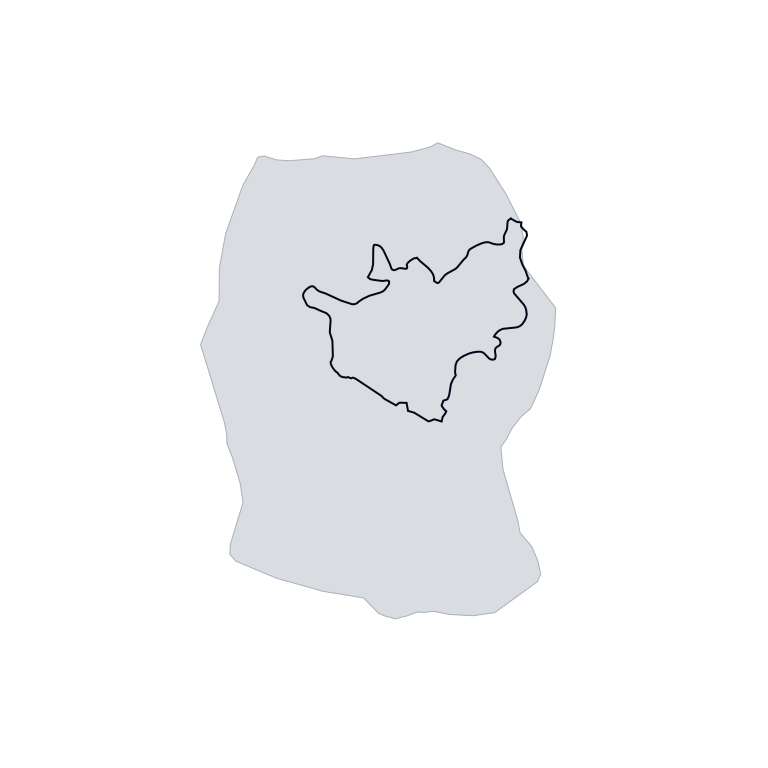 Thaba-Tseka highlighted on a map of Lesotho, rotated 313°
{"feature_id": "LSO-1215", "entity_name": "Thaba-Tseka", "entity_type": "District", "adm_level": 1, "iso_a3": "LSO", "parent_name": "Lesotho", "parent_adm1": "", "projection": "natural_earth1", "projection_center": [28.641, -29.5], "detail": "fine", "context": "in_parent", "style": "outline", "palette": "ink", "viewbox_px": 768, "rotation_deg": 313, "n_neighbors": 0, "source": "natural_earth", "source_scale": "10m", "svg_char_len": 3984}
<svg xmlns="http://www.w3.org/2000/svg" viewBox="0 0 768 768"><g transform="rotate(313 384 384)"><path d="M485.5,501.5L467.8,507.4L465.4,507.9L454.0,506.5L438.8,507.9L426.9,511.2L417.7,512.4L402.6,529.4L375.2,575.3L368.0,584.9L365.9,602.9L359.6,617.1L351.8,628.3L344.2,631.0L321.4,626.6L292.1,620.8L275.1,607.0L259.9,588.8L251.9,575.6L243.5,568.3L240.6,564.3L228.7,558.2L224.2,555.0L220.2,552.7L215.4,543.9L212.6,536.3L213.6,515.0L205.2,502.3L190.7,480.7L181.6,462.9L169.0,438.7L161.3,418.0L153.4,396.5L154.4,387.3L161.9,381.0L184.0,370.1L201.1,361.8L213.4,346.4L226.7,323.6L233.2,309.9L239.7,303.6L246.8,293.9L259.2,272.4L273.0,248.6L287.8,222.9L306.5,215.5L332.1,206.9L356.6,184.5L385.9,165.7L433.2,145.2L455.3,140.0L463.7,137.0L469.0,140.9L474.6,152.6L482.6,162.4L501.3,179.5L509.2,183.6L528.5,208.9L549.0,226.2L572.7,246.1L588.9,256.1L597.1,258.8L603.9,276.5L610.7,289.7L614.6,302.0L613.8,313.9L606.3,343.2L595.3,373.2L586.6,385.6L575.9,393.5L565.5,405.3L561.4,429.4L556.7,457.6L543.1,469.2L532.5,476.9L517.9,486.2L485.5,501.5Z" fill="#d9dde1" stroke="#a8b0b8" stroke-width="1"/><path d="M591.7,363.9L591.7,364.9L593.1,370.6L595.9,374.3L592.7,376.7L592.3,380.4L592.4,384.4L590.1,387.4L575.0,392.4L569.2,397.2L566.0,403.2L563.5,410.0L559.8,417.1L559.8,417.8L559.7,417.8L556.7,418.6L552.7,418.1L546.1,415.4L542.0,414.4L540.1,415.5L539.0,417.4L537.4,432.1L536.6,434.8L535.2,437.4L532.2,441.0L529.2,442.7L526.1,443.7L522.0,444.3L518.9,443.9L516.0,442.5L505.4,433.3L502.7,432.1L499.8,431.5L495.8,431.6L493.9,432.0L493.6,432.1L494.9,435.0L495.4,438.1L493.9,441.0L491.9,442.1L490.0,441.9L488.1,441.3L486.3,441.2L484.4,442.1L483.0,443.6L481.7,445.3L480.3,446.9L477.8,448.1L476.9,447.7L475.8,446.7L474.9,445.5L474.4,444.0L474.4,442.0L474.7,437.4L474.6,435.3L474.0,433.5L472.9,432.0L471.5,430.5L467.9,427.6L464.1,425.3L458.6,423.0L454.6,422.0L452.0,421.9L450.1,422.0L446.7,423.4L441.1,427.9L439.2,430.6L434.1,431.4L429.6,433.0L424.5,436.5L419.7,439.6L416.1,440.8L412.3,438.8L407.5,440.8L406.5,444.7L406.5,448.2L403.6,449.0L399.8,449.4L395.9,451.7L394.0,447.8L392.4,444.7L389.5,443.5L386.9,441.9L386.6,440.2L383.6,425.6L380.7,419.9L385.6,413.4L380.8,408.0L376.6,407.4L373.6,395.2L373.3,393.1L373.6,390.6L368.5,359.6L367.9,357.8L367.2,356.7L365.6,356.0L365.2,355.1L364.9,353.8L364.5,352.9L363.2,352.3L362.7,351.7L362.1,350.7L361.0,349.3L360.3,347.7L359.9,345.7L360.5,342.1L360.2,339.8L360.5,337.5L360.9,335.5L361.6,333.2L362.6,331.2L363.7,329.9L365.2,329.7L367.7,328.6L369.6,327.5L380.3,316.9L382.3,313.6L382.9,312.4L384.5,309.6L385.5,308.5L394.1,301.6L395.6,299.7L396.5,297.2L396.5,293.5L393.8,286.4L392.7,282.8L392.1,281.3L391.4,280.0L389.8,277.6L389.2,274.0L392.3,265.9L394.4,263.7L396.6,263.0L398.6,262.7L400.6,262.7L403.7,263.3L405.1,263.8L406.4,264.6L407.2,265.9L407.4,267.6L407.2,269.8L407.3,272.1L408.0,274.5L410.3,279.4L415.7,295.7L420.6,306.3L422.5,308.2L424.8,309.2L426.7,309.3L432.3,310.6L438.7,313.2L448.5,319.0L451.3,320.1L453.5,320.3L459.4,319.7L460.9,319.2L462.0,318.3L462.6,317.4L462.4,316.6L461.6,315.4L459.4,313.6L458.0,312.3L452.4,304.4L451.6,302.8L451.2,301.9L451.1,299.4L459.0,297.4L464.1,294.4L475.5,284.0L477.6,282.4L479.0,281.9L480.1,282.9L481.1,284.5L482.0,286.9L482.0,289.4L481.3,292.6L475.7,306.5L473.7,310.3L473.2,311.8L473.9,313.6L475.6,314.7L478.5,315.8L480.1,317.1L483.0,321.3L484.3,321.9L485.3,321.3L486.0,320.2L486.6,319.4L487.8,318.9L489.9,318.8L492.2,319.1L495.5,319.9L496.9,320.6L497.8,321.5L498.8,321.9L498.5,326.8L499.0,336.7L498.6,341.6L497.6,345.2L495.9,348.0L493.4,350.6L493.8,351.3L493.7,352.2L493.8,353.0L494.6,354.6L496.0,355.0L504.8,354.3L507.9,354.8L516.9,357.8L519.5,358.0L529.2,357.4L531.5,357.6L533.5,357.5L535.2,357.0L538.2,355.4L539.7,355.0L541.5,355.0L547.8,357.0L553.6,359.5L556.8,361.5L558.9,363.6L561.1,368.5L562.7,371.0L565.4,373.9L566.8,374.9L568.7,375.4L569.6,375.0L573.3,371.3L575.2,370.3L580.8,368.5L582.0,367.7L586.7,363.9L587.5,363.5L588.4,363.3L591.6,363.9L591.7,363.9Z" fill="none" stroke="#020617" stroke-width="2"/></g></svg>